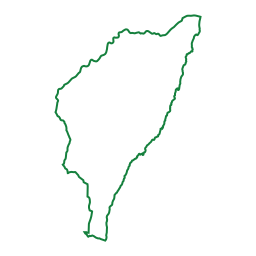 Somondoco, Boyacá, Colombia
{"feature_id": "7082276B21743509672590", "entity_name": "Somondoco", "entity_type": "district", "adm_level": 2, "iso_a3": "COL", "parent_name": "Colombia", "parent_adm1": "Boyacá", "projection": "equal_earth", "projection_center": [-73.436, 4.962], "detail": "fine", "context": "isolated", "style": "outline", "palette": "green", "viewbox_px": 256, "rotation_deg": 0, "n_neighbors": 0, "source": "geoboundaries", "source_scale": "gbopen_adm2", "svg_char_len": 5754}
<svg xmlns="http://www.w3.org/2000/svg" viewBox="0 0 256 256"><path d="M182.6,18.1L181.8,20.6L181.3,21.0L178.6,22.5L176.4,24.5L173.9,27.1L172.1,28.3L170.6,29.6L167.1,33.6L165.9,34.6L165.0,35.1L162.7,35.3L160.7,35.9L160.2,35.7L158.7,34.0L158.0,33.7L156.6,34.1L156.1,34.1L154.4,33.1L154.1,33.1L153.0,33.6L152.3,33.7L151.8,33.6L148.5,31.3L147.6,31.0L146.4,31.1L145.8,31.6L144.7,32.9L143.7,33.6L141.6,33.3L140.5,33.5L139.3,32.5L138.7,32.3L136.8,32.7L134.8,33.3L132.1,32.9L130.8,33.1L130.2,32.9L129.7,32.5L129.0,31.7L128.3,30.5L127.5,29.7L126.7,29.4L125.7,29.4L124.8,29.8L123.3,30.7L121.9,31.9L121.0,32.2L119.3,32.4L118.8,32.9L118.6,33.4L118.6,34.5L118.9,35.2L118.9,35.9L118.7,36.7L118.3,37.3L117.6,37.6L115.6,37.7L114.3,37.4L113.7,37.7L113.3,38.2L113.3,38.9L113.3,39.7L113.5,41.3L113.4,42.0L112.8,42.8L112.2,43.2L111.5,43.3L111.0,43.3L109.6,42.5L109.2,42.6L108.6,42.7L108.1,43.3L107.7,44.2L107.2,47.0L107.0,49.0L106.3,52.0L105.8,53.1L105.2,54.0L103.8,54.9L101.4,55.7L100.7,56.4L99.8,58.0L99.1,59.0L97.9,60.3L97.1,61.1L96.2,61.4L95.4,61.3L93.8,60.9L91.9,59.7L91.2,59.8L90.4,60.6L90.0,61.7L89.1,64.4L88.7,65.2L88.3,65.7L86.9,66.4L85.2,66.3L84.1,65.9L83.5,66.0L82.3,66.5L81.8,66.9L81.2,67.8L80.8,68.9L80.1,71.8L79.5,72.5L78.8,72.9L76.0,76.3L75.2,76.9L72.2,78.4L71.6,78.9L69.2,81.6L68.3,82.6L67.2,83.4L64.3,84.8L63.7,86.2L61.6,88.4L60.7,88.8L59.3,88.9L58.9,89.1L58.2,89.9L58.0,91.2L57.9,92.8L57.6,93.9L56.6,95.7L56.0,97.0L56.0,97.5L56.3,98.3L57.5,99.5L57.9,100.1L58.1,100.8L57.3,102.8L57.2,104.0L56.8,106.4L56.4,109.0L55.8,111.6L55.5,112.1L56.6,114.0L57.5,115.9L57.7,116.2L58.3,116.3L59.1,116.9L60.0,118.3L60.3,119.2L60.7,119.9L61.6,120.3L62.9,120.4L63.4,120.7L64.4,121.9L64.5,123.0L65.4,124.3L66.3,126.9L66.5,128.7L66.4,130.3L67.1,131.5L68.5,135.2L69.2,136.6L69.3,137.2L70.1,138.7L70.4,139.7L70.2,140.6L69.8,141.5L69.5,143.2L68.6,144.8L67.7,147.1L67.5,148.1L67.5,150.4L67.3,151.1L67.0,151.7L66.5,152.2L66.3,152.6L65.9,156.9L65.6,158.8L64.8,159.8L64.3,160.9L64.2,162.4L63.9,163.7L63.5,164.1L62.8,164.6L63.1,165.1L64.4,166.6L65.0,168.0L65.3,168.5L66.6,169.2L67.1,169.8L67.4,170.6L67.8,173.1L68.1,173.1L69.3,172.3L71.3,171.9L74.0,172.2L75.0,172.0L75.5,172.2L78.3,175.3L78.8,176.6L79.2,177.1L83.3,180.2L83.7,182.2L87.5,184.2L87.7,186.3L87.5,196.6L88.8,197.3L89.2,197.8L89.7,199.2L89.9,201.3L89.9,202.7L89.0,205.9L89.0,207.7L89.1,208.3L89.7,210.4L91.8,211.2L92.1,211.4L92.1,211.6L91.3,216.3L90.5,219.2L89.2,222.8L88.9,223.9L88.6,232.8L87.8,232.8L86.4,232.2L84.5,232.2L85.3,233.5L86.1,234.0L87.1,235.1L87.9,236.5L88.5,236.7L89.5,235.8L90.8,236.1L92.3,235.5L93.8,236.1L94.3,236.5L96.1,237.7L97.5,238.2L98.0,238.4L99.6,238.4L100.6,239.0L103.6,240.0L105.2,240.6L105.6,240.1L106.1,239.3L106.5,237.8L106.5,236.7L106.2,235.3L106.8,232.3L106.8,231.1L107.0,227.3L106.5,225.0L106.4,222.9L106.5,222.2L106.9,221.5L106.9,220.8L107.1,220.2L107.1,219.5L106.7,217.1L107.1,215.7L108.5,213.9L109.1,212.7L109.7,209.4L109.5,207.6L109.6,207.2L110.2,206.4L112.0,204.9L112.2,204.5L112.4,202.5L113.0,200.8L114.1,198.8L114.3,197.9L114.5,195.9L114.5,195.1L116.1,193.1L116.7,192.8L117.0,192.5L117.4,191.4L117.9,190.9L119.7,187.9L120.0,187.6L120.7,185.7L121.5,185.1L122.1,184.1L122.7,181.9L123.6,180.8L123.6,179.8L123.8,179.5L124.0,178.6L124.6,178.0L124.7,177.4L124.5,176.6L124.5,176.0L125.4,175.3L125.5,174.9L126.3,173.7L126.7,172.4L127.2,170.3L127.9,169.4L128.4,168.3L128.5,167.3L128.7,166.8L129.5,165.9L129.7,165.5L129.6,164.7L129.8,164.5L130.1,163.2L130.6,162.6L131.1,162.4L131.3,162.0L131.6,161.8L132.1,160.6L133.1,160.3L133.9,159.6L134.4,159.4L134.8,158.9L135.8,158.7L136.3,158.0L136.9,157.7L137.1,157.4L137.2,157.1L137.0,156.5L137.1,156.3L138.1,155.4L138.9,154.0L139.3,153.8L139.5,153.9L140.2,154.6L140.9,154.1L141.2,154.1L141.6,153.8L141.9,153.8L142.2,154.2L142.6,154.9L142.9,155.0L143.4,154.7L143.5,154.4L143.4,154.0L143.2,153.2L143.8,153.1L144.1,152.4L144.7,152.3L145.1,151.9L145.5,150.9L145.6,150.2L145.5,149.7L145.1,149.1L145.2,148.2L145.6,147.6L146.5,146.6L146.9,145.5L148.5,144.4L149.2,143.5L151.0,141.9L152.2,139.9L152.9,139.6L153.6,139.9L154.1,139.8L154.6,139.0L154.8,138.1L155.3,137.4L156.6,137.1L156.8,137.0L156.9,136.8L157.4,136.4L158.1,136.3L158.3,134.9L158.9,134.6L159.5,133.9L160.2,131.0L160.6,129.9L160.5,129.0L160.6,128.8L161.3,128.8L161.8,128.1L162.3,128.6L162.6,128.2L162.6,127.7L163.0,127.3L163.1,126.7L162.9,126.2L163.0,126.0L163.2,125.9L164.3,123.8L164.4,121.7L164.5,121.3L165.2,120.6L165.3,120.3L165.2,119.8L165.2,119.5L165.6,118.3L166.0,116.3L166.3,115.8L166.9,115.6L167.0,115.4L167.1,115.1L167.1,114.3L167.6,112.7L168.8,112.2L170.0,111.2L170.2,110.7L170.2,109.6L170.0,108.8L170.3,107.8L170.1,107.4L170.1,107.0L170.4,105.4L170.6,105.2L171.2,105.0L171.4,104.5L171.2,103.2L171.8,102.6L172.0,101.4L172.4,100.8L174.8,98.8L174.9,98.2L174.3,96.9L174.2,96.2L174.3,96.0L175.0,95.3L175.0,93.5L175.7,91.5L175.8,89.9L176.2,89.3L177.3,88.4L177.5,88.4L177.7,89.5L178.1,90.0L178.4,90.0L178.7,89.8L179.1,89.1L179.7,84.9L180.3,83.6L180.2,81.8L180.5,79.2L181.4,76.5L182.2,75.6L182.9,74.5L183.0,72.8L182.6,71.6L182.6,70.5L182.3,69.7L182.4,68.6L183.6,65.4L183.9,65.1L184.9,64.7L185.1,64.4L185.3,64.0L185.6,63.7L185.7,62.5L186.2,61.8L186.3,61.5L186.0,60.3L186.2,59.5L186.1,58.5L185.7,57.5L185.7,56.9L186.6,55.6L186.7,54.4L186.9,54.2L187.7,54.1L188.7,53.2L189.0,53.3L189.6,53.1L191.2,51.4L192.2,51.5L192.4,51.3L192.3,50.2L192.7,49.5L192.7,49.1L192.3,48.6L192.3,47.8L191.8,47.1L191.9,45.6L191.8,44.4L191.8,43.2L192.8,40.4L193.8,38.3L194.0,36.9L194.7,35.7L195.5,34.9L195.9,34.6L196.3,34.5L196.9,35.0L197.4,35.1L198.1,34.6L198.7,33.3L199.4,32.3L199.8,31.2L199.8,30.7L199.6,29.9L199.7,28.4L199.4,27.1L199.2,25.7L199.2,24.4L199.5,21.4L200.3,18.0L200.5,16.8L195.8,15.6L194.0,15.4L191.0,15.8L188.9,15.7L187.2,15.8L185.8,16.4L182.6,18.1Z" fill="none" stroke="#15803d" stroke-width="2"/></svg>